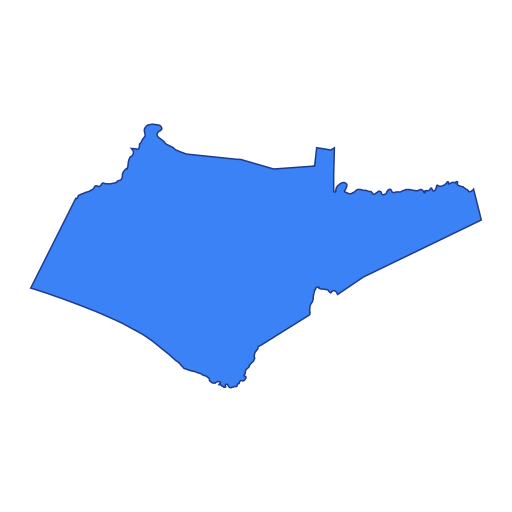 outline of San Pedro Mixtepec -Dto. 22 -, Oaxaca, Mexico
{"feature_id": "50627088B24493610345769", "entity_name": "San Pedro Mixtepec -Dto. 22 -", "entity_type": "district", "adm_level": 2, "iso_a3": "MEX", "parent_name": "Mexico", "parent_adm1": "Oaxaca", "projection": "albers", "projection_center": [-97.055, 15.945], "detail": "fine", "context": "isolated", "style": "filled", "palette": "blue", "viewbox_px": 512, "rotation_deg": 0, "n_neighbors": 0, "source": "geoboundaries", "source_scale": "gbopen_adm2", "svg_char_len": 6085}
<svg xmlns="http://www.w3.org/2000/svg" viewBox="0 0 512 512"><path d="M131.4,148.5L131.8,148.9L133.0,150.8L133.4,151.7L133.5,152.5L133.3,153.3L133.2,154.1L131.7,156.2L130.4,156.8L129.9,157.4L129.5,158.5L129.0,159.5L128.4,161.6L128.3,162.2L128.2,163.8L128.0,164.5L128.0,165.4L127.6,167.5L127.3,168.8L126.6,168.5L125.5,169.3L124.0,170.9L123.2,172.2L122.7,173.4L122.4,174.3L122.4,176.3L121.9,178.2L121.7,178.8L120.8,179.9L119.4,180.5L118.5,180.6L118.0,180.8L117.2,181.3L117.1,181.7L116.8,182.1L115.0,183.0L113.8,183.0L112.2,183.5L109.7,183.9L105.0,183.7L103.8,183.1L102.8,183.0L101.9,183.7L101.1,185.1L99.7,186.3L98.9,186.6L98.4,186.4L97.9,186.4L97.5,186.0L96.9,185.8L96.1,185.8L95.3,185.9L94.7,186.5L93.5,188.6L92.6,189.4L90.3,190.6L89.5,191.2L88.7,191.5L87.9,191.8L85.6,192.4L82.7,193.7L81.6,193.9L80.2,194.8L78.6,195.3L78.0,196.2L77.9,197.1L77.1,198.3L76.8,198.6L76.4,198.6L75.8,198.3L30.7,288.1L34.5,289.2L48.3,293.7L56.3,296.6L61.1,298.2L81.4,305.8L93.3,310.5L95.0,311.1L99.1,312.9L101.6,313.9L103.5,314.8L113.5,319.2L122.6,323.4L125.6,325.1L128.4,326.5L130.4,327.7L141.2,333.5L144.4,335.5L152.6,341.2L170.3,355.5L171.9,357.1L173.5,358.4L174.8,359.7L176.3,360.9L178.0,362.0L180.4,364.3L181.0,365.3L182.7,366.8L183.3,367.7L184.1,368.5L186.1,369.1L186.6,369.1L187.0,369.4L187.3,369.4L187.9,369.8L190.3,370.6L192.7,371.2L194.1,371.5L194.7,371.5L198.9,373.2L199.4,373.2L201.1,373.8L202.2,374.7L203.8,375.4L206.6,376.3L207.2,377.0L209.2,378.3L209.4,380.4L210.0,381.2L211.8,382.6L212.8,383.0L214.0,383.1L215.3,383.1L215.7,382.6L216.3,382.2L218.2,381.5L218.9,381.6L220.2,382.2L220.5,382.4L220.5,383.1L219.5,383.9L219.1,384.2L218.9,384.6L219.7,384.7L221.4,385.2L221.7,385.9L222.7,386.3L223.4,386.7L223.8,387.2L224.6,387.3L225.2,387.2L225.7,387.0L225.6,386.3L225.2,385.3L225.3,384.8L225.8,384.3L226.6,384.2L227.1,384.2L227.5,384.4L227.5,384.8L228.2,385.8L229.0,386.6L229.3,387.3L230.2,387.7L230.8,387.8L231.5,387.6L232.1,387.2L233.5,387.0L234.0,386.6L236.4,386.6L236.8,386.3L237.2,385.5L237.3,384.4L237.5,383.9L238.4,383.8L238.8,383.7L239.1,383.3L239.3,383.0L239.3,382.6L239.7,381.7L240.2,380.9L241.1,380.5L242.0,380.6L242.8,381.0L244.1,380.5L245.7,378.5L245.8,378.1L246.1,377.5L246.0,377.1L245.7,376.6L245.6,376.4L244.3,376.1L244.0,375.9L244.0,375.7L244.1,375.3L244.5,374.5L245.2,373.7L245.3,373.5L245.2,372.5L245.4,372.1L245.5,370.9L245.7,370.3L245.9,369.8L246.7,368.9L247.5,368.4L249.0,366.9L249.4,365.9L249.3,365.1L250.1,364.6L251.1,363.4L253.6,361.0L254.3,359.0L254.7,358.6L254.2,355.8L254.9,352.6L257.8,348.9L258.0,347.1L258.4,346.5L260.0,345.8L309.6,314.8L310.1,312.4L309.6,310.7L310.1,305.7L310.6,304.5L312.2,302.0L312.9,300.2L313.2,299.0L313.3,295.4L313.7,294.9L313.7,294.2L313.9,293.7L314.2,292.1L314.5,291.3L314.5,290.1L315.3,289.8L315.8,288.6L315.8,288.1L316.2,287.5L317.6,287.1L318.2,287.0L319.0,287.2L318.8,288.1L320.5,288.9L322.4,289.1L323.4,289.0L325.0,289.4L325.6,289.6L326.8,289.5L327.9,290.0L328.8,291.1L329.4,292.0L330.7,292.9L331.0,292.7L331.5,292.0L332.1,291.3L332.8,290.9L333.5,290.6L334.2,290.7L334.9,290.9L335.3,291.3L335.9,291.6L336.7,292.4L336.9,292.9L337.0,293.4L337.6,294.5L363.2,277.1L481.3,220.0L473.6,189.2L473.1,189.9L472.5,190.2L471.3,191.4L470.4,191.4L469.9,191.8L469.3,191.9L468.7,191.5L468.1,190.4L466.8,189.5L465.8,189.2L465.4,188.6L464.6,188.2L463.2,186.9L462.3,186.6L460.4,186.3L459.7,185.9L459.2,185.8L458.5,185.3L457.9,185.2L457.4,184.8L457.3,183.9L457.7,182.3L457.2,181.7L456.4,181.6L455.9,182.2L455.7,182.8L455.3,182.9L455.0,182.5L452.3,182.4L448.8,184.1L448.4,183.7L448.6,183.0L448.5,182.0L447.8,181.8L447.2,181.9L447.0,182.6L445.9,183.6L445.4,184.2L444.6,184.9L441.8,186.1L440.7,186.3L439.1,186.2L437.4,185.2L436.8,185.4L436.5,186.1L436.5,186.8L436.3,187.5L436.3,188.0L435.6,189.0L435.4,189.7L434.9,190.3L434.1,191.0L433.6,191.1L433.0,191.0L432.5,189.7L432.0,189.2L431.6,188.1L430.7,188.2L430.3,188.6L429.9,189.7L429.5,190.1L428.7,190.6L428.0,190.7L427.0,190.6L425.4,190.7L424.8,191.0L425.2,191.6L425.1,192.6L424.2,192.7L423.6,192.1L423.5,191.3L422.8,190.4L422.2,190.0L421.1,189.5L420.3,189.5L419.5,189.9L417.5,190.7L416.4,190.8L412.1,190.1L409.4,189.5L408.8,189.8L408.3,189.5L407.8,189.5L407.3,189.7L406.0,189.5L405.5,189.6L404.9,190.2L403.8,190.3L401.9,191.1L401.1,191.7L400.1,192.0L399.1,192.0L397.1,191.9L396.3,192.0L395.5,192.1L395.1,192.4L393.2,192.6L392.2,192.1L390.9,189.6L390.2,189.2L389.7,189.2L389.2,189.6L388.4,189.7L388.1,190.0L386.7,192.0L386.6,192.7L386.0,193.6L384.4,194.6L383.2,194.8L382.7,194.7L381.7,194.0L381.4,192.9L381.0,191.9L380.1,191.4L379.0,191.2L378.3,191.3L377.5,192.2L376.5,192.7L376.3,193.0L375.2,193.7L374.6,194.1L373.3,194.4L372.8,193.5L372.5,193.1L371.8,192.6L371.5,192.1L371.2,191.6L370.5,191.5L369.7,191.5L369.0,191.5L365.7,190.3L365.1,190.4L363.5,190.3L360.4,189.5L359.2,189.4L358.0,189.4L357.0,189.8L356.0,190.5L355.2,191.3L354.2,192.1L353.7,192.4L352.7,192.7L352.1,193.2L351.0,193.6L350.5,193.9L347.7,193.3L347.2,192.8L346.7,192.8L346.1,192.4L344.6,191.7L344.4,190.9L344.6,190.3L345.4,189.8L345.7,189.2L345.9,188.5L346.3,187.7L346.8,186.0L346.9,184.5L346.0,183.4L344.4,182.6L343.5,182.5L342.8,182.6L341.5,183.0L340.1,183.8L339.1,184.8L337.6,185.8L337.1,186.6L337.0,187.2L336.4,187.6L336.1,189.3L335.6,190.0L335.9,190.7L335.8,191.5L335.1,192.0L334.3,192.0L333.7,191.6L333.7,173.6L334.4,147.8L330.9,150.0L316.7,147.7L314.6,166.1L314.0,166.0L313.4,165.8L312.7,166.2L273.7,169.0L240.6,159.4L236.9,159.3L185.9,154.0L185.3,153.6L180.2,151.8L177.2,150.4L176.3,150.2L174.9,149.3L173.6,148.0L172.6,147.3L166.7,144.4L165.2,143.3L163.6,141.1L161.3,139.5L160.5,138.7L159.7,138.4L157.6,136.4L157.3,135.7L157.1,134.9L157.0,134.1L157.7,132.6L158.9,131.4L160.0,130.9L161.7,129.4L161.8,128.8L161.6,127.6L161.4,127.1L160.1,125.6L159.4,125.2L158.0,125.1L156.7,124.6L155.8,124.7L154.4,124.4L152.5,124.2L149.6,124.6L147.8,125.0L146.4,126.1L144.7,128.3L144.4,129.3L144.3,130.7L144.7,132.9L144.9,133.4L145.1,134.4L145.1,136.0L143.2,138.6L142.7,139.1L141.4,141.6L141.4,142.1L140.7,143.0L139.5,144.1L139.5,145.8L139.0,148.3L137.9,149.2L137.2,149.5L136.5,148.9L131.4,148.5Z" fill="#3b82f6" stroke="#1e3a8a" stroke-width="1.5"/></svg>